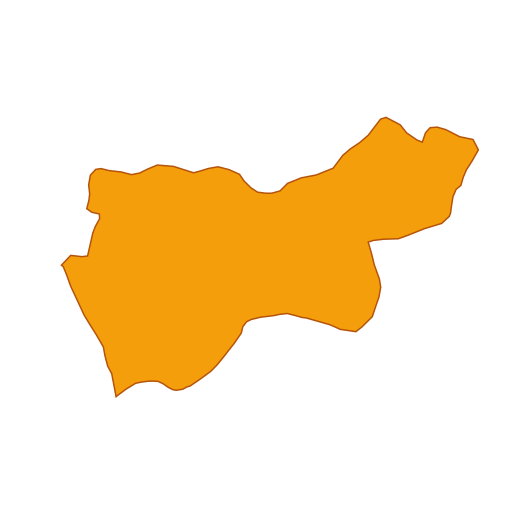 Pakan, Sarawak, Malaysia (orthographic projection), rotated 286°
{"feature_id": "92858781B78593379458192", "entity_name": "Pakan", "entity_type": "district", "adm_level": 2, "iso_a3": "MYS", "parent_name": "Malaysia", "parent_adm1": "Sarawak", "projection": "orthographic", "projection_center": [111.704, 1.792], "detail": "fine", "context": "isolated", "style": "filled", "palette": "amber", "viewbox_px": 512, "rotation_deg": 286, "n_neighbors": 0, "source": "geoboundaries", "source_scale": "gbopen_adm2", "svg_char_len": 1719}
<svg xmlns="http://www.w3.org/2000/svg" viewBox="0 0 512 512"><g transform="rotate(286 256 256)"><path d="M338.6,425.6L347.3,430.8L350.8,431.2L358.8,430.0L367.3,429.0L375.3,430.0L380.3,433.5L388.8,433.5L396.8,434.5L406.8,437.5L419.3,440.5L422.1,437.9L427.8,432.5L426.8,419.0L429.8,403.5L429.8,394.5L427.3,388.0L421.3,385.0L411.3,384.5L411.8,379.0L415.8,367.0L421.8,358.5L425.1,342.8L421.9,338.0L403.0,330.6L393.7,324.5L385.0,317.2L376.7,311.7L361.7,306.0L350.5,291.6L343.7,278.1L334.5,266.3L325.2,261.2L320.7,253.8L319.1,248.4L317.8,240.0L320.1,232.4L324.9,223.7L330.0,217.6L331.6,206.1L331.3,194.9L327.1,186.3L322.3,178.9L318.8,173.1L319.4,152.0L316.2,136.0L309.8,128.0L303.7,121.3L299.9,113.9L299.6,103.0L297.6,91.2L297.3,82.9L295.1,78.1L294.2,77.6L288.0,74.5L278.4,75.5L269.8,79.0L263.7,80.0L254.8,80.3L252.8,86.1L253.2,93.8L248.7,95.4L240.0,93.4L233.0,92.8L209.6,94.1L207.4,88.9L205.5,77.7L193.5,71.5L192.7,73.6L185.9,79.0L176.0,86.1L151.7,107.2L144.6,114.9L136.0,124.5L126.4,134.4L118.7,138.2L109.4,143.7L103.0,149.8L82.2,160.3L84.5,161.9L92.1,167.7L100.5,175.4L103.3,180.8L106.2,187.5L107.5,192.0L108.5,196.8L107.5,202.3L105.6,207.7L104.6,212.8L104.9,216.3L107.8,222.4L111.0,225.6L112.9,228.5L121.3,235.5L132.5,244.2L140.8,248.7L150.4,252.8L158.4,256.0L165.4,258.9L173.1,261.5L177.9,263.1L184.3,262.8L190.1,265.0L193.6,268.8L198.4,277.2L203.5,289.3L206.4,294.8L209.3,301.8L209.6,309.8L209.6,317.2L210.3,321.3L210.3,346.0L209.6,351.4L208.7,357.2L210.8,372.9L217.2,377.5L229.7,384.5L241.7,385.0L250.2,385.5L260.3,384.5L267.8,381.0L280.3,372.0L288.3,367.5L294.8,363.5L300.3,360.0L303.3,364.5L307.3,374.0L311.8,388.0L318.3,397.0L328.8,410.5L338.6,425.6Z" fill="#f59e0b" stroke="#b45309" stroke-width="1.5"/></g></svg>